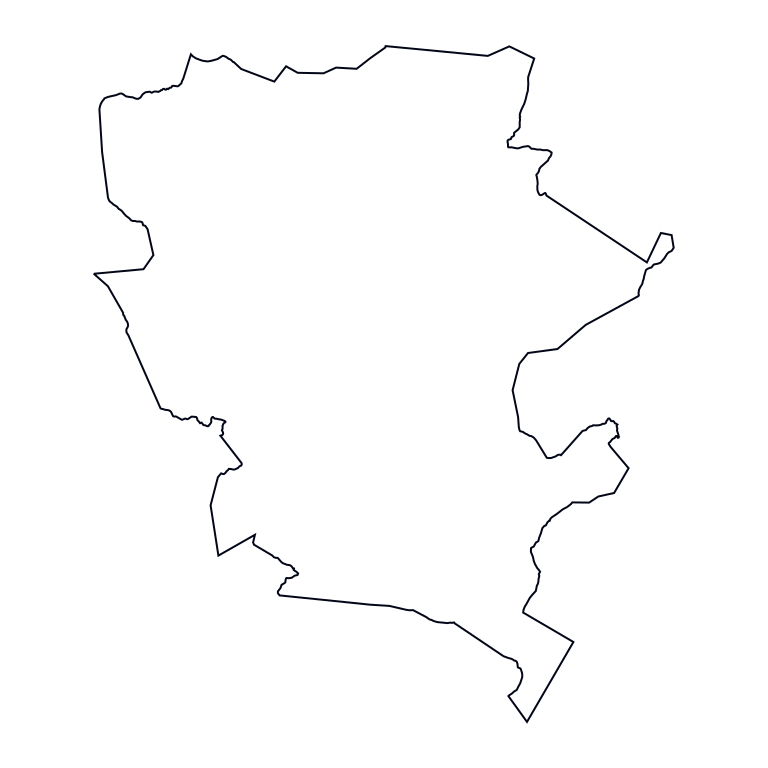 the district of Distrito Central, Francisco Morazán, Honduras
{"feature_id": "27666195B1179860840093", "entity_name": "Distrito Central", "entity_type": "district", "adm_level": 2, "iso_a3": "HND", "parent_name": "Honduras", "parent_adm1": "Francisco Morazán", "projection": "robinson", "projection_center": [-87.243, 14.133], "detail": "fine", "context": "isolated", "style": "outline", "palette": "ink", "viewbox_px": 768, "rotation_deg": 0, "n_neighbors": 0, "source": "geoboundaries", "source_scale": "gbopen_adm2", "svg_char_len": 6039}
<svg xmlns="http://www.w3.org/2000/svg" viewBox="0 0 768 768"><path d="M94.3,274.2L107.9,286.2L123.1,312.8L123.1,313.7L123.5,315.3L124.2,315.8L125.7,319.7L127.2,321.8L127.8,323.4L128.1,325.3L127.8,326.7L126.5,329.2L126.3,330.1L126.5,332.3L128.5,335.6L160.5,408.3L161.5,408.8L163.1,409.1L165.1,409.8L168.0,410.1L169.5,410.6L171.0,411.8L172.8,415.6L173.2,416.2L174.2,416.6L175.4,416.4L176.3,416.6L181.7,419.7L182.4,419.7L185.0,418.6L185.9,418.7L186.9,419.1L187.7,419.2L191.7,416.6L196.1,417.0L196.8,417.8L197.5,420.2L199.2,421.9L200.0,423.2L200.6,423.1L201.2,422.7L201.7,422.7L203.4,425.0L205.8,425.5L207.3,426.2L208.1,426.2L208.6,425.9L208.9,425.2L209.7,424.6L211.1,422.5L211.3,421.7L211.2,419.8L211.3,418.6L211.9,417.5L212.5,417.0L213.1,417.1L214.7,418.6L217.0,418.8L218.4,419.2L221.1,419.6L224.8,421.0L225.4,421.6L225.3,422.3L224.4,422.7L223.5,423.6L222.5,426.0L222.6,426.8L222.5,429.1L221.9,430.2L223.0,432.4L223.1,433.3L223.0,434.1L222.4,435.0L220.4,435.7L241.5,463.0L241.7,463.8L241.7,464.5L241.2,465.6L240.2,465.9L239.2,466.6L237.7,468.2L234.5,469.5L233.4,469.6L231.0,469.0L228.8,468.9L228.0,470.1L226.6,471.2L225.5,472.8L224.2,473.9L223.2,474.1L221.1,473.4L217.9,477.2L210.6,505.3L218.4,555.6L254.9,534.8L253.1,542.4L254.0,544.7L272.3,555.5L273.8,557.1L275.5,557.8L277.7,557.9L281.4,562.1L282.9,563.2L287.0,564.8L289.6,565.1L290.7,565.6L291.7,566.5L292.9,568.3L294.0,568.4L294.1,568.7L293.6,569.7L293.7,570.0L296.0,571.5L298.1,573.4L297.5,575.0L294.6,575.7L291.8,577.7L288.9,578.2L286.7,578.0L286.1,578.3L285.7,579.4L285.4,581.8L285.2,582.5L284.5,583.1L281.6,584.8L280.4,588.2L277.9,591.4L277.9,593.2L279.6,595.4L370.3,604.7L389.3,605.9L406.2,609.8L409.7,610.3L413.0,610.1L426.6,617.3L429.4,619.3L430.5,619.7L431.5,619.9L433.6,621.0L437.3,622.1L447.4,623.1L450.5,622.6L452.0,622.9L453.4,622.5L454.2,622.5L454.6,623.3L503.5,656.2L507.8,657.8L511.6,658.9L513.1,659.7L514.1,660.5L515.6,660.8L516.7,661.7L517.4,663.5L517.8,667.2L518.2,667.6L520.3,668.4L520.8,669.1L522.1,673.2L522.3,676.1L522.1,677.6L520.1,683.5L518.3,686.7L516.9,689.6L516.2,690.3L514.2,691.4L512.2,693.3L509.2,695.3L508.4,696.1L527.0,721.9L573.4,642.0L523.2,612.6L523.3,611.1L523.7,609.3L525.0,606.2L526.0,604.8L529.9,597.7L533.0,594.0L534.7,592.2L535.8,591.0L536.9,585.6L537.7,584.2L538.3,582.2L538.6,578.8L539.3,576.0L538.8,574.1L540.1,571.8L538.9,570.0L537.2,568.0L534.9,563.9L533.7,560.6L533.0,557.1L530.9,551.9L531.0,548.2L531.3,547.8L533.8,546.5L535.8,542.7L538.3,541.1L539.2,537.6L540.9,533.2L542.4,528.1L544.4,525.8L545.5,525.6L545.9,525.3L547.4,522.4L549.3,520.5L549.7,520.7L550.5,518.6L551.8,517.3L556.9,513.9L562.8,509.3L566.8,507.2L568.9,505.7L571.0,504.0L572.3,502.4L589.1,502.6L598.3,496.5L614.1,493.0L628.6,468.2L610.6,446.9L608.9,444.2L608.7,443.5L609.0,442.8L610.2,441.9L612.4,439.1L614.8,437.8L615.9,436.1L616.4,436.0L616.9,436.1L617.2,436.9L618.0,437.8L618.7,437.5L618.9,436.9L618.0,433.5L617.0,430.6L617.3,428.5L616.6,425.9L616.9,425.1L617.4,424.6L616.4,423.8L615.0,423.3L614.0,421.7L613.1,421.0L611.6,421.2L611.2,421.1L609.5,418.6L609.0,418.4L608.5,418.5L607.9,419.0L607.4,420.1L606.5,421.0L605.9,422.9L605.1,423.5L604.0,423.8L602.8,423.8L600.4,424.9L599.2,425.2L596.7,425.4L593.0,425.3L592.1,426.0L589.8,426.5L587.7,428.0L585.9,430.1L583.3,430.7L582.4,431.1L561.0,455.2L560.2,454.7L558.1,454.8L555.4,456.5L551.1,458.0L548.9,458.1L546.8,457.8L536.3,440.6L533.9,437.7L531.4,436.1L529.5,435.8L527.2,434.4L524.7,433.2L522.9,431.9L520.1,431.2L519.4,429.8L518.8,426.9L518.1,417.1L512.6,390.2L519.3,363.9L528.0,353.0L557.5,349.0L585.7,324.9L638.5,296.0L638.9,295.1L638.5,293.6L639.0,289.8L640.4,286.9L641.7,284.9L642.4,283.5L642.8,281.3L643.7,279.0L644.0,276.8L645.9,270.2L646.7,269.4L647.9,268.7L650.0,267.8L651.5,267.5L653.2,265.1L653.9,264.5L658.5,263.5L660.6,262.6L664.1,258.6L667.1,253.9L668.6,252.4L671.6,250.9L673.7,247.8L671.6,235.1L660.9,233.0L646.9,262.4L546.4,195.5L546.0,194.1L545.3,193.0L544.7,193.1L542.3,194.7L541.2,195.1L540.1,195.1L539.3,194.5L538.0,192.0L537.4,189.9L537.3,186.2L537.6,184.7L537.7,183.1L537.2,178.9L536.8,176.7L536.4,175.5L536.4,174.8L538.2,172.6L539.0,170.9L539.3,169.1L540.6,167.1L548.0,160.5L549.0,158.1L550.5,156.4L551.4,154.4L551.6,152.5L549.2,150.9L547.2,150.1L543.4,150.2L540.0,149.5L537.4,149.6L533.6,148.8L531.6,148.8L531.0,148.4L529.4,146.7L528.0,146.1L523.0,146.8L518.1,148.4L515.9,148.2L511.6,147.3L508.4,147.3L508.0,146.7L508.0,144.2L507.5,141.6L507.6,140.7L508.0,140.1L508.9,139.6L510.8,139.1L511.1,138.6L511.3,137.8L511.6,137.1L513.7,136.0L514.2,134.9L514.0,133.6L514.2,132.7L518.2,129.5L519.7,127.3L519.7,121.9L520.1,119.6L519.7,117.5L520.1,117.0L520.2,116.6L519.7,115.5L520.0,113.5L521.5,109.4L524.2,103.9L525.7,99.2L527.1,93.1L527.8,91.2L528.3,84.1L528.1,79.1L528.2,77.0L534.2,58.5L509.3,46.4L487.8,55.9L385.6,46.1L385.3,47.5L370.5,58.0L356.6,68.8L336.1,67.6L323.5,73.3L297.7,72.8L286.1,66.3L274.3,81.6L241.2,69.0L233.8,62.1L233.1,62.0L231.0,59.9L229.6,59.1L228.8,58.9L225.9,56.8L223.6,55.9L223.0,55.8L222.2,56.1L219.5,57.8L218.2,58.7L217.1,59.2L210.9,60.9L208.7,61.3L207.1,61.4L202.4,60.7L196.3,58.5L194.6,57.5L192.7,56.2L190.9,54.3L183.2,78.9L182.2,80.7L181.3,83.4L178.3,86.1L177.5,86.3L173.4,85.8L172.3,85.9L171.3,87.5L169.8,87.8L168.1,89.1L167.1,88.7L166.3,89.5L165.7,89.7L165.2,89.6L164.3,88.9L163.3,88.9L162.7,89.2L162.1,90.0L161.5,90.2L160.9,90.2L160.3,90.9L158.4,91.9L156.3,91.5L154.6,91.5L153.8,91.7L151.8,92.7L151.1,92.5L149.8,91.7L146.0,92.2L144.9,92.6L142.7,94.3L140.4,97.6L138.3,98.8L136.3,98.8L132.3,97.2L130.9,97.2L126.1,96.4L122.4,93.8L121.2,93.5L119.9,93.6L116.1,95.1L108.1,96.9L104.8,98.2L104.3,98.5L104.0,99.3L103.1,100.2L102.0,101.7L100.9,103.7L100.1,105.9L99.4,109.2L102.1,152.0L107.9,196.9L108.4,198.9L109.3,200.8L110.4,202.0L111.9,203.0L113.4,204.5L117.0,206.7L118.8,209.0L119.4,209.2L121.7,210.8L124.2,213.9L126.2,216.0L129.2,218.2L131.2,220.4L133.1,221.0L135.1,221.0L136.8,221.5L139.9,221.5L141.6,222.0L142.2,222.4L142.5,222.9L143.1,225.2L144.9,225.7L145.5,226.1L147.6,229.3L153.4,255.1L143.5,269.2L94.6,273.7L94.3,274.2Z" fill="none" stroke="#020617" stroke-width="2"/></svg>